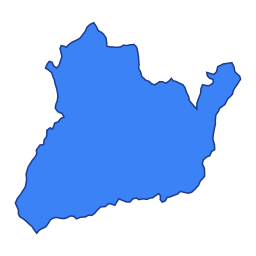 Botuverá, Santa Catarina, Brazil
{"feature_id": "56859067B27190428165392", "entity_name": "Botuverá", "entity_type": "district", "adm_level": 2, "iso_a3": "BRA", "parent_name": "Brazil", "parent_adm1": "Santa Catarina", "projection": "equal_earth", "projection_center": [-49.118, -27.213], "detail": "fine", "context": "isolated", "style": "filled", "palette": "blue", "viewbox_px": 256, "rotation_deg": 0, "n_neighbors": 0, "source": "geoboundaries", "source_scale": "gbopen_adm2", "svg_char_len": 2611}
<svg xmlns="http://www.w3.org/2000/svg" viewBox="0 0 256 256"><path d="M93.8,22.7L90.2,24.3L87.2,26.9L85.4,31.1L82.6,34.8L80.0,38.2L76.0,40.4L72.1,42.1L68.5,44.9L66.3,47.2L64.0,46.2L61.2,45.6L60.0,48.4L61.0,52.4L61.9,56.7L60.4,61.0L58.8,65.7L56.3,68.0L53.7,65.9L52.0,62.2L49.3,61.4L47.1,64.2L45.5,68.2L47.9,69.5L51.7,72.7L53.0,76.8L54.3,79.6L55.2,84.0L56.5,88.0L57.4,92.2L57.9,96.2L57.2,101.1L56.0,104.0L55.2,108.1L57.9,111.8L62.1,113.5L64.0,117.1L60.8,118.4L58.1,121.9L54.6,123.1L53.7,126.3L52.4,129.1L50.2,127.8L46.8,130.3L46.9,133.5L46.4,137.2L44.2,139.7L43.5,144.7L40.0,145.0L36.3,150.1L36.8,153.8L35.1,156.9L32.3,160.3L30.4,163.3L28.4,166.5L26.8,171.2L26.1,174.2L26.6,179.1L26.0,183.6L25.3,186.8L23.5,189.8L21.1,193.6L17.5,198.3L15.4,202.9L16.7,206.2L18.4,209.9L18.4,214.0L19.8,216.7L23.2,218.8L25.7,220.8L29.1,224.0L32.0,226.5L34.1,229.8L36.8,233.3L39.3,230.0L42.6,228.4L45.9,226.7L48.7,222.7L50.2,220.0L52.5,218.4L55.8,217.4L59.8,218.1L62.6,218.6L65.2,218.4L67.7,217.4L70.1,216.0L73.7,216.3L76.3,218.8L80.6,217.2L85.4,216.9L88.7,215.1L91.7,215.4L94.5,213.5L97.1,210.3L100.6,206.9L105.1,206.6L108.9,203.5L112.0,204.3L114.9,205.3L116.7,202.0L118.9,198.8L122.7,200.5L126.4,201.9L130.0,202.0L132.9,198.8L136.4,198.1L139.0,199.6L143.1,198.8L146.9,199.4L150.2,198.0L152.7,197.8L154.9,196.2L158.5,193.6L160.5,195.7L160.2,199.6L162.2,202.2L165.4,200.8L167.2,197.3L170.2,196.9L173.3,195.6L177.7,194.0L180.4,191.4L184.3,192.4L188.3,193.2L191.7,192.2L195.0,189.2L198.5,185.3L200.3,181.0L202.3,178.9L204.6,176.3L204.6,172.0L204.4,168.4L202.3,163.7L203.4,159.7L206.7,156.9L209.7,155.8L211.6,151.5L214.7,149.7L214.5,145.0L212.9,139.1L213.3,134.4L213.9,131.2L214.6,127.7L215.4,124.0L215.3,120.3L215.9,114.9L218.4,111.3L219.6,108.3L221.8,106.7L224.8,104.6L227.8,98.8L230.7,96.1L232.5,94.1L233.2,90.9L234.7,88.0L237.0,84.8L238.7,82.0L240.6,79.2L239.7,76.2L237.5,74.3L234.8,71.6L234.0,67.0L231.9,62.7L223.4,63.9L217.7,66.7L216.6,71.6L213.9,74.5L206.7,72.4L207.3,75.7L209.6,78.3L213.1,79.4L213.1,83.0L209.5,85.6L206.4,85.6L202.6,84.7L201.0,88.5L200.5,93.7L198.5,98.6L196.9,103.2L196.8,109.1L191.3,103.0L189.3,100.6L188.7,96.9L186.6,92.5L185.0,87.7L182.9,84.7L178.6,82.8L176.1,81.5L173.2,80.8L171.4,78.4L169.2,80.9L165.9,83.2L162.2,81.7L159.6,81.7L157.3,83.2L154.6,84.9L151.5,83.7L149.4,81.5L146.1,80.4L141.8,76.6L140.7,72.1L138.6,68.2L139.1,64.6L138.7,60.5L138.5,56.7L137.8,52.0L136.5,47.0L134.0,44.5L129.8,44.9L126.5,45.6L123.7,45.1L120.4,47.0L116.5,47.4L113.2,47.0L109.8,46.9L106.8,46.2L106.6,42.0L106.0,37.8L103.8,34.6L101.7,32.5L98.2,30.6L96.2,26.4L93.8,22.7Z" fill="#3b82f6" stroke="#1e3a8a" stroke-width="1.5"/></svg>